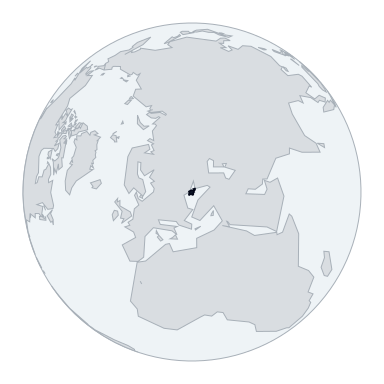 Crimea on an orthographic globe, rotated 311°
{"feature_id": "UKR-283", "entity_name": "Crimea", "entity_type": "Autonomous Republic", "adm_level": 1, "iso_a3": "UKR", "parent_name": "Ukraine", "parent_adm1": "", "projection": "orthographic", "projection_center": [34.531, 45.3], "detail": "fine", "context": "on_globe", "style": "filled", "palette": "ink", "viewbox_px": 384, "rotation_deg": 311, "n_neighbors": 0, "source": "natural_earth", "source_scale": "10m", "svg_char_len": 11992}
<svg xmlns="http://www.w3.org/2000/svg" viewBox="0 0 384 384"><g transform="rotate(311 192 192)"><circle cx="192" cy="192" r="169" fill="#eef3f6" stroke="#a8b0b8"/><path d="M147.5,29.0L152.0,28.6L147.3,29.6L149.3,29.6L155.5,28.4L159.0,27.7L174.4,28.9L194.4,29.8L201.4,28.8L199.3,30.3L213.2,28.0L224.5,29.4L211.2,28.8L209.5,29.5L217.0,30.6L216.8,31.7L220.3,33.0L219.4,34.2L211.7,34.2L211.0,35.1L216.3,35.9L218.8,38.0L211.1,36.6L214.6,40.3L202.4,41.7L182.5,38.4L175.2,41.7L153.3,45.2L154.7,46.5L147.4,49.2L146.3,51.9L142.5,52.2L144.9,54.1L148.6,53.4L150.8,54.1L150.6,55.8L145.7,56.2L145.1,55.5L143.6,56.5L141.3,56.1L142.2,57.2L136.4,57.9L141.7,59.7L136.6,62.3L132.9,62.1L134.0,58.9L127.9,51.6L124.5,51.0L118.5,53.1L105.8,63.5L101.7,64.5L95.6,68.2L97.5,69.0L103.0,66.4L105.1,69.0L111.5,66.0L113.2,66.8L119.6,65.3L117.8,69.1L112.7,73.8L107.4,75.4L105.0,77.6L109.4,79.3L98.9,85.7L91.0,96.4L88.3,97.9L84.3,94.5L85.9,86.1L80.7,83.2L83.2,88.9L76.6,93.2L75.1,95.6L75.0,97.9L77.2,97.9L74.8,100.3L71.4,95.2L73.5,92.8L74.6,94.4L75.3,90.6L72.9,87.8L69.7,90.6L69.5,84.6L67.3,86.6L65.9,86.7L69.6,83.8L63.0,89.1L62.3,85.3L53.4,95.6L63.0,83.4L67.0,78.6L71.1,74.0L69.6,75.5L70.4,74.7L79.7,65.7L89.7,57.5L100.4,50.0L111.5,43.4L123.1,37.7L135.2,32.9L147.5,29.0ZM28.9,147.8L27.0,156.7L26.8,157.2L24.0,176.1L23.9,192.0L23.9,199.9L23.6,201.5L24.2,206.8L24.3,209.0L29.4,230.0L34.2,244.7L35.5,251.8L34.4,252.7L35.6,256.0L31.4,244.4L28.0,232.7L25.5,220.7L23.8,208.5L23.1,196.3L23.2,184.0L24.3,171.8L26.2,159.7L28.9,147.8ZM44.8,109.0L47.7,104.2L48.5,102.8L51.6,98.0L51.3,98.4L41.9,114.7L44.3,110.0L44.8,109.0ZM52.2,98.0L53.7,95.7L52.6,97.5L52.2,98.0ZM160.6,27.3L155.6,28.3L150.1,29.2L154.3,28.2L160.6,27.3ZM170.9,26.8L168.5,27.3L166.4,26.8L168.4,26.6L170.9,26.8ZM206.5,28.0L202.5,27.7L206.5,27.7L206.5,28.0ZM220.9,32.9L222.1,32.8L223.4,33.5L220.9,32.9ZM120.1,63.3L119.8,64.3L118.8,64.0L120.1,63.3ZM123.1,61.9L122.1,60.9L123.3,60.1L123.9,60.7L123.1,61.9ZM223.3,36.3L225.0,37.8L221.9,36.2L223.3,36.3ZM124.0,63.3L125.7,58.8L128.0,57.4L132.1,58.7L124.0,63.3ZM225.2,38.7L229.5,42.6L232.5,42.5L226.4,45.6L224.7,40.9L220.4,38.9L224.0,39.5L225.2,38.7ZM149.9,52.5L146.0,53.3L149.5,51.2L149.9,52.5ZM151.6,51.0L159.1,44.2L164.7,44.1L161.0,46.2L168.5,45.1L167.5,48.4L163.2,49.7L159.8,49.1L162.0,50.9L151.6,51.0ZM222.3,46.8L222.2,47.9L220.8,46.8L222.3,46.8ZM152.0,54.3L153.1,52.8L158.0,52.5L156.8,55.5L155.6,54.6L152.0,54.3ZM171.0,43.4L174.4,43.8L174.6,46.5L175.9,47.1L168.0,48.5L171.0,43.4ZM154.3,55.5L156.1,57.0L153.5,58.7L151.4,55.7L154.3,55.5ZM159.8,51.3L162.0,51.3L160.4,52.2L159.8,51.3ZM145.4,65.9L146.5,63.9L149.1,63.5L145.4,65.9ZM157.0,57.5L157.8,56.9L159.0,56.6L159.6,58.0L157.0,57.5ZM168.7,50.4L168.0,51.5L171.9,50.0L172.2,52.1L166.8,52.7L169.3,53.4L169.4,54.1L164.9,53.8L168.7,50.4ZM163.8,58.5L157.1,60.3L154.4,64.0L152.0,64.4L156.7,58.4L163.8,58.5ZM164.8,55.7L163.6,57.5L161.2,56.9L160.5,55.4L164.8,55.7ZM174.3,53.5L175.3,50.0L176.4,50.0L174.3,53.5ZM163.5,59.7L165.1,59.2L163.6,60.0L163.5,59.7ZM171.5,55.4L171.7,54.2L173.0,54.2L171.5,55.4ZM168.2,59.5L166.0,60.0L165.5,59.0L168.2,59.5ZM170.1,57.7L171.8,58.1L166.6,58.3L170.0,57.1L170.1,57.7ZM172.7,55.7L173.5,55.3L172.5,56.2L172.7,55.7ZM171.5,63.6L165.0,64.0L163.8,61.5L170.3,61.4L171.5,63.6ZM70.8,260.3L63.0,233.0L67.8,227.4L69.3,217.1L103.0,196.7L109.5,202.3L135.2,206.4L138.3,208.8L134.5,217.0L153.1,232.1L160.1,225.9L177.8,233.6L190.1,233.8L195.9,217.4L175.7,216.7L173.0,208.2L189.8,201.7L207.5,202.4L207.0,199.2L196.5,192.1L201.2,185.9L192.9,189.1L195.8,192.5L190.6,194.8L187.7,191.9L189.5,189.7L184.3,188.0L177.1,199.4L179.3,204.1L165.4,204.9L167.6,212.9L163.6,216.0L158.4,203.7L159.4,199.5L149.0,184.9L146.7,189.3L156.3,203.5L153.0,202.0L149.9,208.7L149.6,202.4L139.7,186.3L127.6,185.7L111.1,198.3L104.2,196.8L99.1,190.5L106.3,174.1L120.7,179.3L123.5,174.2L121.6,164.2L126.1,166.9L127.2,163.6L132.7,165.2L141.5,159.5L147.3,160.4L151.8,150.8L155.4,150.1L151.7,155.8L152.3,160.5L166.8,162.9L169.9,161.1L171.6,154.9L175.4,156.6L175.2,150.3L184.0,148.8L173.1,145.5L174.9,138.7L180.7,134.1L179.3,131.4L169.8,139.0L167.8,142.7L169.1,146.6L161.9,156.8L156.7,157.7L156.9,145.3L149.5,145.4L152.9,136.2L176.6,120.4L186.0,118.0L199.4,128.0L196.6,132.2L190.4,130.5L195.2,138.2L195.3,134.6L198.4,136.2L200.9,130.5L203.2,131.4L201.6,124.7L204.7,125.2L205.7,129.4L212.0,122.1L218.8,121.7L219.1,119.7L217.5,117.6L227.2,118.9L227.0,117.4L223.8,116.3L221.2,112.7L220.6,106.9L224.0,107.6L224.7,109.8L231.2,115.8L232.6,121.8L233.9,121.6L233.5,116.5L225.5,109.2L224.1,105.6L228.4,108.4L226.7,107.1L227.1,105.5L230.7,104.8L226.2,101.5L225.8,84.7L232.6,82.1L236.5,86.2L239.8,76.6L247.2,75.1L244.2,74.0L243.7,69.2L241.4,69.6L239.9,68.7L237.7,57.4L239.8,55.7L235.4,50.4L233.8,49.9L232.0,50.9L226.4,45.6L232.5,42.5L235.7,43.6L237.4,41.2L244.5,44.3L251.1,46.0L257.9,51.3L262.6,52.5L262.7,51.5L269.1,52.7L281.9,59.3L271.0,58.3L251.7,51.0L259.6,54.1L257.6,54.9L260.4,57.0L265.9,59.4L266.7,58.7L274.8,71.3L287.9,82.2L287.3,77.0L291.0,76.7L305.4,86.4L321.7,111.2L326.8,112.6L329.8,115.9L331.3,121.5L327.0,116.7L324.9,118.4L322.3,115.0L323.3,123.0L319.5,118.7L322.1,127.4L325.5,129.1L326.0,123.3L329.9,133.2L335.6,134.2L340.7,141.0L346.0,162.6L344.8,175.2L345.7,178.1L342.9,178.8L342.7,188.0L350.6,195.0L351.6,199.1L349.6,213.6L348.9,210.9L341.6,212.8L342.8,223.6L348.4,224.5L350.4,231.0L347.2,233.4L344.8,228.0L342.2,228.4L341.1,219.6L335.5,210.2L332.1,217.5L330.7,212.2L322.5,206.5L316.6,216.6L308.5,240.0L310.2,253.7L306.1,262.5L294.2,249.0L289.1,236.7L284.7,240.5L272.5,233.1L251.1,240.1L248.2,236.9L244.2,239.9L235.6,238.0L231.3,232.3L226.0,233.8L237.8,248.4L243.4,246.8L248.3,239.0L250.5,244.5L258.7,247.4L249.2,264.1L217.7,281.8L214.8,271.5L192.3,242.1L193.1,238.4L193.0,238.0L192.7,237.3L190.4,243.2L186.6,236.9L198.4,258.7L200.2,267.7L217.2,282.4L215.6,284.2L221.1,286.7L239.2,279.8L239.2,283.2L230.5,299.9L205.7,321.0L209.2,331.5L207.7,339.8L192.7,345.2L194.5,350.2L186.8,351.7L186.6,354.0L180.7,355.9L170.7,356.8L153.1,354.2L151.6,352.5L142.2,347.0L129.0,332.1L133.1,326.5L131.3,320.3L118.7,302.5L121.4,294.5L118.1,289.7L111.3,288.3L107.5,282.2L103.4,280.5L78.2,271.3L70.8,260.3ZM90.7,211.4L89.6,214.4L90.7,211.4ZM225.9,211.6L236.7,210.4L232.3,200.4L236.1,199.2L233.2,196.4L231.9,199.7L225.0,191.7L229.8,187.7L228.7,183.2L225.0,183.4L217.3,192.1L227.2,203.4L224.6,208.2L225.9,211.6ZM27.0,157.0L26.4,159.9L26.7,157.8L27.0,157.0ZM35.1,131.3L34.0,134.8L34.6,132.2L35.1,131.3ZM40.7,117.1L35.9,128.8L37.1,124.6L40.4,117.5L38.8,120.9L40.7,117.1ZM50.5,100.0L49.3,101.9L48.9,102.5L50.5,100.0ZM51.5,99.4L51.7,98.9L52.8,97.3L51.5,99.4ZM76.8,93.5L77.0,93.9L76.3,96.4L75.5,95.8L76.8,93.5ZM80.1,105.3L76.1,109.0L78.4,105.8L76.5,105.3L79.0,98.3L87.1,98.3L83.0,99.4L80.1,105.3ZM84.5,89.3L82.1,93.5L84.5,89.0L84.5,89.3ZM127.2,145.4L128.8,148.4L126.1,151.6L118.8,151.5L122.5,146.7L127.2,145.4ZM131.6,151.9L133.8,140.2L138.4,140.1L135.4,142.1L138.3,143.2L134.2,146.7L136.5,158.5L134.3,162.2L122.0,159.4L127.2,158.1L125.4,155.2L131.6,151.9ZM131.3,113.6L132.3,109.4L141.0,114.5L139.1,117.9L131.6,117.8L129.6,113.7L131.3,113.6ZM131.0,66.7L130.8,65.4L132.2,65.2L133.4,66.1L131.0,66.7ZM145.7,65.0L133.2,72.4L132.3,71.2L126.0,77.5L121.4,76.8L125.6,72.7L117.3,77.1L119.3,73.2L113.9,76.6L123.8,67.5L125.3,64.4L125.4,68.1L129.7,68.7L131.9,68.0L139.4,64.0L144.6,58.0L149.6,57.9L151.8,59.5L151.3,60.9L148.2,60.4L149.8,62.7L144.9,63.1L145.7,65.0ZM174.4,82.7L171.0,80.8L173.4,87.0L168.5,86.8L169.1,87.5L165.3,89.1L161.6,92.5L159.5,91.8L159.0,93.4L156.5,94.7L155.0,96.7L150.8,96.4L148.7,99.0L147.9,97.4L145.5,101.9L145.4,98.4L142.1,99.9L143.9,102.5L124.4,97.4L116.3,98.5L109.6,101.5L110.4,95.5L117.1,89.1L126.5,83.7L134.2,83.7L133.1,81.2L136.5,80.5L135.9,82.8L138.8,79.0L141.4,79.1L149.8,75.3L152.3,70.1L155.5,68.8L155.8,70.9L158.7,68.1L161.4,71.3L163.7,70.4L168.7,72.9L167.9,77.7L170.6,76.5L174.5,78.5L174.4,82.7ZM172.8,64.4L173.0,69.8L170.5,72.4L162.9,67.1L160.4,67.4L155.4,64.4L159.2,60.7L160.3,61.9L162.2,62.2L160.3,63.2L163.3,62.6L164.8,64.2L167.6,64.3L166.9,66.0L172.8,64.4ZM142.3,206.2L144.8,207.2L148.8,207.6L146.9,212.0L142.3,206.2ZM135.3,195.4L137.6,195.4L136.9,201.4L134.4,200.5L135.3,195.4ZM139.5,190.4L137.8,194.9L137.2,192.0L139.5,190.4ZM153.9,155.6L156.5,155.4L156.5,156.9L154.8,158.9L153.9,155.6ZM180.5,102.4L178.9,100.6L179.8,99.9L179.6,94.8L183.2,94.7L184.7,97.8L180.5,102.4ZM192.1,220.3L188.2,223.4L186.5,221.8L188.2,221.0L192.1,220.3ZM166.2,218.4L171.9,221.1L165.6,219.6L166.2,218.4ZM184.3,101.5L183.8,99.4L185.9,100.7L184.3,101.5ZM185.8,94.5L188.4,95.5L183.6,94.1L185.8,94.5ZM236.8,334.6L225.3,348.4L217.3,349.6L215.7,346.6L219.9,338.8L229.3,335.1L233.8,330.4L236.8,334.6ZM357.2,227.5L352.7,241.4L350.5,245.3L351.4,242.1L355.1,233.8L357.2,227.5ZM351.2,242.4L347.2,244.9L338.8,239.0L341.9,235.5L350.1,234.2L349.6,236.7L352.1,236.2L351.2,242.4ZM359.3,211.7L358.7,217.8L356.7,225.1L355.5,227.7L354.7,223.4L355.2,218.6L356.3,215.9L358.3,193.0L359.5,191.9L359.4,200.4L360.2,201.7L359.3,211.7ZM311.0,254.5L315.0,259.8L312.5,262.9L311.0,254.5ZM357.5,180.2L357.8,189.9L357.0,178.9L357.5,180.2ZM356.1,171.2L356.9,173.6L355.9,172.9L356.1,171.2ZM347.2,181.8L346.1,185.4L345.3,183.6L346.1,178.0L347.2,181.8ZM344.5,147.0L347.5,152.4L348.3,154.9L346.4,153.0L344.5,147.0ZM214.3,100.4L210.5,107.3L210.2,112.7L213.8,116.3L207.2,114.4L207.7,106.0L214.3,100.4ZM224.0,86.4L220.9,83.7L223.2,83.2L224.3,83.7L224.0,86.4ZM221.4,86.0L215.7,85.9L214.6,83.3L219.3,83.8L221.4,86.0ZM200.0,93.3L198.6,95.3L196.9,94.1L200.0,93.3ZM360.4,205.4L360.5,204.9L360.2,207.6L359.6,213.5L359.9,209.9L360.4,201.5L360.6,196.9L360.9,187.6L360.5,200.6L360.6,202.5L360.9,195.8L360.6,202.3L360.6,202.8L360.4,205.4ZM360.1,178.6L359.4,177.7L359.5,182.5L358.5,170.0L359.5,173.0L360.1,178.6ZM358.2,171.9L358.4,176.4L357.7,169.8L358.2,171.9ZM358.0,175.7L357.2,172.9L357.5,171.0L358.0,175.7ZM358.3,170.5L356.9,164.8L357.8,166.7L358.3,170.5ZM354.9,167.1L356.9,167.1L355.7,171.5L351.9,161.9L352.1,158.9L354.9,167.1ZM332.6,112.9L330.5,110.9L329.7,107.8L331.4,110.0L332.6,112.9ZM325.0,97.0L328.7,106.4L331.4,114.5L332.3,113.9L335.9,119.7L332.7,118.2L328.3,109.3L326.9,104.0L323.4,99.8L320.3,94.2L315.8,90.6L313.3,87.3L317.0,89.1L325.0,97.0ZM313.9,89.2L304.9,82.0L304.9,78.4L306.9,79.2L311.0,83.9L310.7,85.5L313.9,89.2ZM302.7,79.3L302.4,80.8L288.5,75.5L285.6,73.6L296.1,75.2L296.4,76.9L299.8,78.9L302.7,79.3ZM224.0,48.0L222.4,47.9L223.4,47.3L224.0,48.0ZM238.6,69.0L236.8,67.8L238.1,66.9L238.6,69.0ZM232.4,63.9L232.2,65.8L231.0,63.5L232.4,63.9ZM232.0,70.2L231.4,66.4L234.0,70.5L232.0,70.2Z" fill="#d9dde1" stroke="#a8b0b8" stroke-width="1"/><path d="M190.2,189.6L190.2,189.4L190.3,189.3L190.5,189.3L190.8,189.5L191.0,189.6L191.3,189.6L191.5,189.7L191.7,189.8L191.8,190.0L192.0,190.0L192.3,190.0L192.5,190.1L192.5,190.3L192.5,190.5L192.8,190.7L192.9,190.8L193.0,190.7L193.1,190.9L193.7,191.8L194.0,192.0L194.4,191.9L194.5,191.9L194.5,191.7L194.8,191.7L194.9,191.8L195.0,191.8L195.1,191.7L195.3,191.5L195.6,191.5L195.6,191.4L195.7,191.5L195.8,191.5L196.0,191.5L196.3,191.6L196.4,191.8L196.2,191.8L196.1,192.0L195.9,192.1L195.9,192.3L195.9,192.5L196.0,192.5L195.8,192.7L195.6,192.7L195.6,192.8L195.3,192.8L195.2,192.7L195.1,192.8L194.9,192.9L194.7,192.9L194.6,192.7L194.4,192.6L194.2,192.5L193.8,192.7L193.8,192.8L193.7,192.9L193.7,193.0L193.4,193.1L193.3,193.3L193.2,193.4L193.2,193.5L193.0,193.4L192.9,193.3L192.7,193.4L192.4,193.4L192.3,193.5L192.2,193.6L191.9,193.6L191.8,193.8L191.7,194.0L191.4,194.2L191.4,194.3L191.2,194.4L191.2,194.5L190.8,194.7L190.7,194.7L190.3,194.7L190.6,194.6L190.5,194.3L190.4,194.3L190.4,194.2L190.3,193.9L190.1,193.9L190.1,193.7L190.1,193.4L190.1,193.2L190.1,192.9L190.0,192.7L189.9,192.5L189.8,192.4L189.7,192.3L189.4,192.4L189.2,192.3L189.1,192.2L188.9,192.0L188.8,191.9L188.7,191.8L188.3,191.8L188.2,191.8L187.9,191.9L187.8,191.7L188.1,191.3L188.3,191.3L188.3,191.2L188.5,191.2L188.7,190.9L189.2,190.7L189.3,190.6L189.5,190.5L189.7,190.4L189.8,190.4L190.0,190.4L190.3,190.3L190.3,190.2L190.5,190.1L190.4,190.1L190.2,190.1L190.2,189.9L190.2,189.7L190.2,189.6Z" fill="#0f172a" stroke="#020617" stroke-width="1.5"/></g></svg>